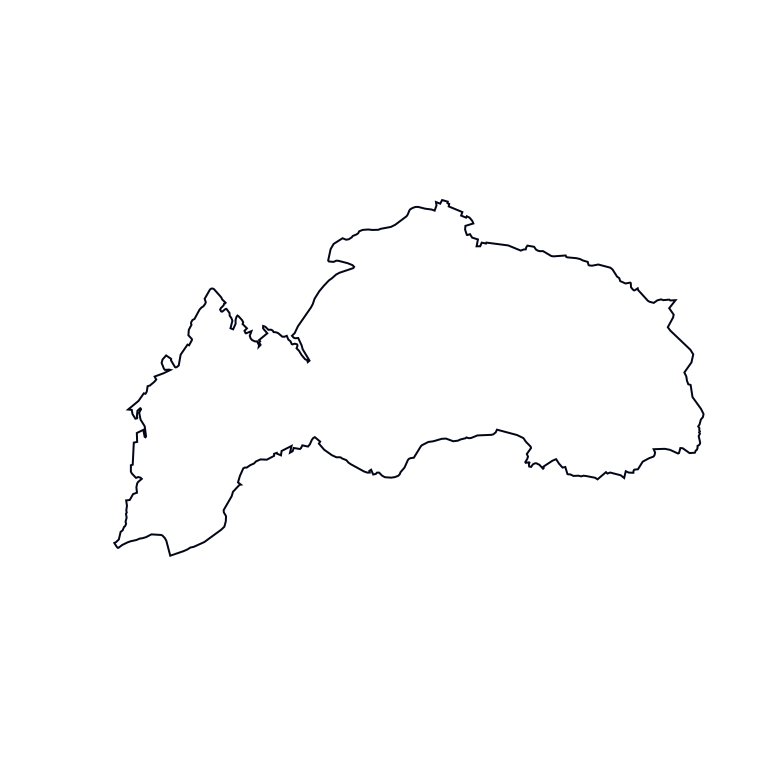 Bereni, Mures, Romania (orthographic projection), rotated 73°
{"feature_id": "2599482B23493570355811", "entity_name": "Bereni", "entity_type": "district", "adm_level": 2, "iso_a3": "ROU", "parent_name": "Romania", "parent_adm1": "Mures", "projection": "orthographic", "projection_center": [24.864, 46.565], "detail": "fine", "context": "isolated", "style": "outline", "palette": "ink", "viewbox_px": 768, "rotation_deg": 73, "n_neighbors": 0, "source": "geoboundaries", "source_scale": "gbopen_adm2", "svg_char_len": 6118}
<svg xmlns="http://www.w3.org/2000/svg" viewBox="0 0 768 768"><g transform="rotate(73 384 384)"><path d="M457.2,688.4L461.8,687.1L462.9,686.4L463.0,685.8L461.4,681.4L460.5,675.8L460.3,672.3L460.8,666.5L460.4,662.6L460.8,660.8L460.9,656.4L459.8,650.4L463.2,641.3L464.1,640.2L467.1,638.7L470.2,638.0L485.7,638.6L485.2,624.1L484.7,620.2L483.8,617.1L484.1,613.5L482.6,602.0L475.8,582.4L473.8,578.4L469.0,575.4L464.2,573.7L459.9,574.7L457.7,574.2L446.8,562.5L442.9,559.9L438.2,551.7L438.4,550.3L435.4,552.4L429.7,548.6L423.5,543.2L423.2,541.5L423.8,539.8L422.5,535.6L422.0,531.5L420.6,529.1L420.0,524.2L422.1,518.2L420.6,510.1L418.6,509.5L418.5,506.6L419.4,506.6L422.1,503.4L418.1,501.5L416.2,490.5L422.2,494.0L421.6,491.1L418.8,489.0L421.6,483.4L421.1,482.2L418.8,480.0L421.6,475.0L420.1,472.6L416.4,469.4L415.0,467.5L414.6,465.7L420.4,461.9L422.0,463.7L429.4,460.4L436.9,454.6L440.1,451.0L441.4,447.0L442.9,445.9L445.8,442.3L448.9,440.9L450.9,439.3L461.8,428.7L463.9,425.8L464.5,423.5L462.8,423.4L462.2,421.4L467.4,420.8L467.6,418.1L466.7,416.7L467.3,414.6L471.0,412.7L473.4,410.4L475.7,404.4L476.2,400.9L476.0,397.4L475.0,395.4L473.2,394.0L469.9,388.8L463.6,383.3L462.8,381.9L462.7,379.9L463.2,377.0L454.2,366.8L453.6,365.5L452.4,358.6L453.2,353.5L453.3,344.9L454.3,340.7L459.0,334.5L459.8,329.9L459.4,327.1L459.7,321.8L459.2,320.9L460.7,318.5L461.1,316.5L460.5,309.7L464.0,296.2L464.1,294.2L462.9,291.3L460.7,289.3L471.7,271.7L476.5,266.5L480.7,265.2L486.7,262.1L488.2,262.1L492.7,267.9L495.5,267.5L497.5,268.9L500.0,271.7L500.8,271.5L501.3,268.2L501.8,267.9L502.7,268.8L505.3,269.3L506.3,267.6L504.4,265.1L504.0,263.0L504.3,261.6L506.7,259.0L511.5,256.7L511.0,255.8L509.6,255.6L506.6,245.3L506.2,241.4L511.4,239.9L516.1,237.7L516.4,234.9L523.7,234.9L524.2,234.4L524.9,232.3L527.3,229.7L528.6,224.7L530.0,222.4L530.0,220.1L531.3,217.2L535.4,209.5L537.6,207.7L533.2,197.5L535.0,196.5L534.8,193.6L540.5,184.3L544.1,181.8L538.1,178.3L540.3,175.8L541.8,171.5L539.9,170.7L539.1,169.7L539.8,166.1L533.9,159.3L532.5,152.3L532.2,147.4L531.1,146.1L528.8,144.8L525.2,145.2L528.1,134.4L530.6,129.7L536.4,123.2L536.3,122.1L531.9,119.3L532.8,117.1L539.4,112.0L540.6,106.8L538.8,105.3L538.5,104.2L537.1,103.0L534.8,102.2L534.6,100.7L533.7,99.5L532.6,98.8L525.8,98.3L523.9,96.4L522.3,96.8L521.7,95.8L520.3,96.0L518.3,95.3L516.4,95.9L515.0,94.1L510.7,91.4L508.8,88.6L506.1,87.2L500.6,88.1L486.7,92.8L474.9,91.1L474.5,91.1L473.2,93.1L469.3,93.3L465.2,92.7L460.8,93.4L453.3,83.7L446.1,79.6L440.8,81.0L416.8,94.5L412.7,96.0L404.9,88.1L402.4,86.7L394.9,89.1L389.1,80.7L387.8,85.8L386.7,86.6L385.5,92.3L384.1,94.3L383.9,98.1L385.3,102.3L383.0,106.0L381.6,107.3L368.5,113.5L366.7,113.4L367.7,116.9L367.4,117.8L366.1,118.5L363.7,119.5L359.7,118.5L359.0,119.0L358.5,123.6L354.7,128.0L351.5,128.1L349.5,129.7L341.2,132.0L338.9,133.6L332.4,144.1L331.7,150.4L330.6,153.1L329.9,153.6L326.8,153.5L324.0,157.7L321.8,160.0L319.9,163.3L316.5,171.6L315.8,172.5L314.2,172.7L311.5,184.6L310.5,186.6L303.4,193.1L302.5,196.3L301.3,198.1L299.8,199.4L296.7,200.3L293.6,206.4L294.9,208.0L296.7,209.1L296.2,211.1L296.4,214.2L287.8,224.7L278.7,244.8L279.5,245.4L277.4,249.2L280.4,251.7L279.4,255.2L273.2,251.9L269.8,256.9L265.8,258.0L266.0,260.5L265.6,261.2L260.0,261.3L256.6,259.9L256.6,251.6L253.8,251.9L250.0,253.5L247.8,255.8L248.9,256.9L245.5,261.0L242.5,258.8L233.1,270.2L230.9,269.0L229.7,270.4L228.3,269.7L225.1,274.7L228.0,277.5L225.2,281.1L228.6,281.6L233.0,284.9L231.1,287.4L228.3,293.5L224.6,299.6L223.9,302.2L224.0,305.2L224.7,308.0L225.4,308.9L228.9,311.8L230.2,313.4L235.0,326.7L235.8,331.4L234.6,342.1L234.9,344.2L233.3,350.0L231.6,354.0L230.4,359.4L230.7,363.0L232.4,364.8L233.0,367.0L233.3,370.6L234.4,372.1L235.3,375.5L234.9,378.1L232.5,381.0L235.3,391.2L239.4,395.6L249.6,401.3L250.7,400.9L252.5,396.5L252.1,393.6L252.9,391.5L257.8,383.5L261.1,379.4L263.2,378.3L264.2,379.5L264.6,394.0L265.3,397.7L267.8,403.2L268.8,406.3L272.3,412.5L276.3,418.7L282.2,425.5L286.7,428.7L289.5,431.5L303.6,449.4L309.2,454.5L311.0,457.9L313.2,456.9L314.3,455.6L314.9,452.6L322.9,451.5L327.1,451.6L339.9,448.4L340.8,450.5L338.5,450.6L337.3,452.2L332.3,454.3L327.3,455.6L324.3,457.2L322.4,455.7L321.2,455.4L320.5,455.7L319.4,457.5L319.3,460.1L318.8,460.6L315.9,460.9L313.5,462.5L309.5,462.9L309.7,465.6L308.9,467.5L304.3,470.4L302.9,472.3L302.1,474.4L300.4,474.8L299.0,476.2L298.4,478.7L294.6,480.7L293.2,482.6L295.2,483.3L296.2,483.1L301.4,480.8L305.5,490.7L306.9,490.0L307.6,491.3L310.5,490.6L311.8,492.9L310.4,492.2L306.2,492.9L305.5,495.0L303.3,497.4L301.4,498.2L298.7,498.3L294.7,495.3L295.2,501.2L294.9,501.5L292.4,501.9L290.7,498.8L285.3,501.7L283.8,500.6L281.3,501.1L276.7,503.3L275.7,504.1L276.5,505.3L279.3,507.2L283.0,508.3L287.6,512.3L285.8,514.5L279.2,510.5L276.1,510.7L273.7,511.6L270.9,511.0L266.1,512.7L266.0,513.8L267.5,517.5L267.0,518.5L265.0,519.0L263.7,517.8L262.0,514.5L260.5,513.5L260.5,512.3L260.0,511.7L255.9,514.0L253.6,514.3L243.7,518.8L242.6,519.9L242.3,521.5L242.8,522.8L250.1,530.6L253.7,530.5L255.1,531.6L256.9,534.0L257.6,536.4L258.9,538.6L266.4,546.2L266.8,548.4L268.4,550.2L269.9,550.9L271.1,550.8L275.1,554.8L280.2,556.8L284.8,554.6L285.8,554.8L290.0,559.1L288.9,560.4L296.5,569.9L306.3,574.9L307.1,576.8L307.3,578.2L306.8,578.9L299.0,580.8L297.8,580.2L293.0,584.0L295.8,588.6L298.8,590.5L305.0,590.0L306.5,589.3L307.4,585.3L308.1,584.1L309.3,591.8L309.8,601.2L313.2,600.5L314.9,603.3L317.0,608.3L317.0,610.7L321.9,613.1L323.4,614.6L323.6,615.1L322.7,616.4L328.4,623.7L333.6,636.2L335.0,632.8L339.3,633.3L344.5,631.9L344.6,630.2L343.9,629.7L342.7,629.8L337.5,627.6L335.9,624.2L336.4,623.8L337.2,623.8L339.8,626.5L346.9,627.2L354.5,625.2L364.6,626.9L365.2,627.7L364.5,628.3L357.5,627.6L358.6,634.7L367.2,637.0L366.9,640.4L387.7,647.9L387.7,649.8L393.8,651.7L395.9,651.3L401.3,648.6L401.1,646.3L402.3,644.3L403.9,643.4L405.8,647.8L406.9,649.1L410.4,651.0L415.7,652.0L415.9,656.1L420.6,661.1L419.9,664.6L425.3,665.4L429.5,667.4L431.7,667.6L432.7,668.7L436.6,669.2L440.1,671.4L442.3,671.5L444.3,673.2L444.6,674.3L447.6,676.8L448.4,679.1L455.1,683.0L456.8,686.3L457.2,688.4Z" fill="none" stroke="#020617" stroke-width="2"/></g></svg>